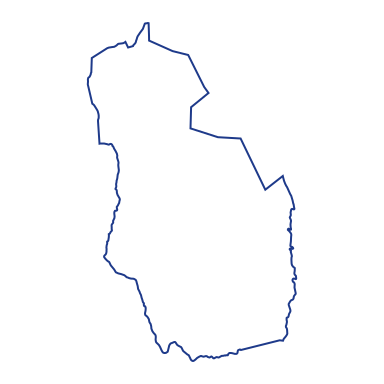 Guajiquiro, La Paz, Honduras
{"feature_id": "27666195B37681585704124", "entity_name": "Guajiquiro", "entity_type": "district", "adm_level": 2, "iso_a3": "HND", "parent_name": "Honduras", "parent_adm1": "La Paz", "projection": "equal_earth", "projection_center": [-87.784, 14.092], "detail": "fine", "context": "isolated", "style": "outline", "palette": "blue", "viewbox_px": 384, "rotation_deg": 0, "n_neighbors": 0, "source": "geoboundaries", "source_scale": "gbopen_adm2", "svg_char_len": 6035}
<svg xmlns="http://www.w3.org/2000/svg" viewBox="0 0 384 384"><path d="M208.5,93.0L204.2,87.0L188.2,55.0L172.6,51.1L149.1,40.6L149.0,35.2L148.6,23.2L147.9,23.0L146.1,23.4L145.3,23.4L145.1,23.5L144.8,23.7L142.9,28.9L140.0,32.8L137.6,36.4L137.1,37.7L136.7,39.2L136.1,40.8L135.8,42.1L135.6,42.6L135.0,43.5L133.3,45.3L133.0,46.1L128.1,47.5L125.4,41.9L124.6,42.5L123.5,43.1L122.0,43.4L118.5,43.8L117.9,44.1L116.9,45.1L115.7,46.0L114.2,46.8L113.4,46.9L111.9,47.1L108.8,47.6L107.2,48.2L91.8,58.0L91.3,72.4L90.9,73.1L90.7,74.4L90.1,75.8L89.4,77.0L88.6,77.5L88.3,77.8L88.1,78.5L87.9,79.3L88.0,81.7L87.8,84.2L87.9,84.9L88.3,86.5L92.3,103.7L93.3,104.4L94.2,105.3L96.9,109.6L97.4,110.5L97.8,111.4L98.2,113.0L98.5,114.1L98.7,115.6L98.7,117.4L98.6,118.3L98.1,119.7L98.0,120.9L99.5,143.7L100.5,143.5L104.0,143.5L107.2,144.2L108.4,144.6L108.9,144.6L110.1,144.0L110.7,143.9L111.2,144.0L111.9,144.5L112.2,144.9L112.5,146.0L112.9,146.2L113.4,146.9L113.7,147.7L114.2,148.8L115.6,151.1L116.9,153.7L117.1,154.7L117.3,155.6L117.1,157.3L117.2,158.0L118.2,161.1L118.5,162.4L118.5,163.1L118.3,164.3L118.3,165.8L118.8,169.8L118.8,170.8L118.5,172.5L117.7,174.7L117.3,178.2L117.0,179.5L116.6,180.7L116.5,182.2L116.1,184.1L116.3,186.3L116.2,187.0L116.0,187.7L115.6,188.3L115.5,188.7L115.5,189.0L116.4,189.8L116.6,190.1L116.8,190.9L116.9,192.8L117.3,194.1L117.5,194.8L119.0,197.4L119.6,198.4L119.8,199.3L119.8,199.9L119.5,200.8L119.1,203.1L118.8,203.5L117.9,205.4L116.8,206.9L116.8,207.9L117.2,209.5L117.1,210.1L116.9,210.4L116.6,210.6L115.0,210.8L114.7,211.3L114.4,211.9L114.3,212.8L114.3,213.7L114.6,216.3L114.4,218.1L113.1,220.9L113.1,221.4L113.2,222.3L113.1,222.8L112.2,224.0L111.7,224.8L111.6,225.3L111.6,226.0L111.7,227.0L111.7,229.2L111.9,230.0L111.9,230.5L111.6,231.0L110.7,231.9L109.8,233.6L108.8,234.1L108.8,234.6L108.9,235.4L108.8,237.2L108.3,240.5L107.8,241.3L107.5,241.6L107.2,241.6L107.1,241.8L107.2,243.4L107.1,244.1L106.7,245.1L106.5,246.7L106.4,247.7L106.6,249.0L106.5,250.1L106.5,251.7L106.3,252.8L106.1,253.6L105.7,254.3L105.4,254.7L104.8,255.2L104.2,256.0L104.1,256.6L104.2,257.2L105.4,258.8L105.9,259.3L106.9,260.4L108.0,261.3L108.9,261.8L109.3,262.2L110.5,264.8L110.9,265.5L114.2,269.5L115.6,271.9L115.9,272.3L117.0,272.8L118.3,273.4L121.2,274.1L124.3,275.2L125.5,276.1L126.6,277.2L127.5,277.4L129.1,278.1L131.1,278.6L133.2,278.7L134.0,278.9L135.6,279.8L136.0,280.4L136.4,281.3L136.7,282.6L137.7,286.1L138.1,288.9L139.6,291.8L139.9,292.9L141.0,295.1L141.6,297.7L142.3,299.7L142.9,302.0L143.5,302.9L143.8,303.1L143.9,303.3L143.9,303.8L143.8,304.7L143.9,305.3L144.1,305.9L144.4,306.2L144.8,306.4L145.2,306.4L145.6,307.4L145.7,308.5L145.6,310.1L145.5,310.9L145.0,313.3L145.1,314.1L145.2,314.8L145.6,315.3L147.2,316.6L147.9,317.6L148.6,318.7L148.9,319.5L149.4,322.0L150.0,323.1L150.5,323.7L151.0,325.4L151.2,326.3L151.4,328.6L152.3,331.0L152.8,331.8L153.9,333.3L155.1,334.5L155.5,335.2L155.7,335.9L155.8,337.0L155.6,339.6L155.9,341.5L156.1,342.1L156.7,342.9L157.5,343.6L159.0,345.1L160.3,347.4L160.4,347.7L161.7,350.6L162.8,352.4L164.1,353.0L165.2,353.0L165.5,352.9L165.9,352.9L167.6,351.8L167.7,351.6L167.9,351.0L169.2,345.6L169.5,345.0L170.1,344.1L170.5,343.6L171.0,343.3L172.2,342.9L174.0,342.1L174.5,342.0L175.0,342.0L175.3,342.2L175.6,342.5L176.9,344.5L177.3,345.0L178.5,345.8L180.7,346.9L181.2,347.2L181.8,348.2L182.9,350.5L183.3,351.1L187.4,354.5L188.7,355.2L189.3,356.3L189.9,357.6L190.2,358.1L190.5,358.9L191.0,359.8L191.7,360.5L192.3,360.8L192.9,361.0L193.5,360.9L194.2,360.5L195.4,359.6L197.2,357.9L199.4,356.6L200.8,356.0L201.2,356.0L201.7,356.2L203.4,356.7L204.4,356.5L205.7,356.1L206.5,356.1L207.0,356.3L207.5,356.8L208.1,357.1L209.5,357.5L210.2,357.2L211.0,356.6L211.5,356.5L212.1,356.9L213.3,358.2L213.7,358.3L214.1,358.3L216.4,357.1L217.3,357.2L218.4,357.5L219.0,357.4L221.6,355.9L223.2,355.8L224.9,355.4L225.6,355.5L226.2,355.2L227.2,355.3L227.8,355.2L228.1,354.4L228.5,353.8L229.0,353.3L229.5,353.0L230.6,353.0L231.9,353.1L234.9,353.9L235.8,353.9L236.6,353.8L237.1,353.4L237.4,353.0L237.6,352.2L237.7,351.2L238.1,350.3L238.3,350.1L239.9,349.5L240.3,349.6L240.9,350.0L279.7,340.3L283.0,340.7L283.5,339.4L283.8,338.8L285.4,336.9L286.3,335.7L287.0,334.5L287.3,333.7L287.1,330.0L286.9,328.8L286.6,328.1L286.0,327.2L285.9,326.7L285.9,326.0L286.4,324.7L286.9,322.3L286.9,321.1L286.6,320.0L286.6,318.0L286.8,317.7L288.0,317.2L288.4,316.7L288.6,316.1L288.8,315.0L289.0,314.1L290.3,311.6L290.4,311.0L290.4,310.2L290.2,309.4L288.8,305.2L288.7,304.6L288.7,304.0L289.8,302.0L290.7,300.7L291.3,300.2L292.6,299.7L293.2,299.1L293.5,298.5L293.9,296.3L294.3,295.6L295.6,294.0L295.7,293.7L295.6,292.7L294.5,287.6L294.6,285.6L294.7,284.3L294.6,283.7L294.4,283.1L294.1,282.6L293.9,282.3L293.4,282.1L292.9,281.5L292.6,280.8L292.5,280.1L292.6,279.6L292.8,279.2L293.1,278.8L293.5,278.6L294.2,278.6L295.7,279.1L296.0,279.0L296.1,278.8L296.2,278.4L296.0,276.6L295.8,275.7L294.8,274.7L294.6,274.3L294.4,273.7L294.4,272.8L294.7,270.9L294.8,268.1L294.5,267.8L293.0,266.6L292.5,265.9L292.0,265.1L291.7,264.1L291.6,263.5L291.4,259.4L291.5,257.6L291.9,256.1L291.8,255.9L291.7,255.1L290.8,252.0L290.8,251.6L291.0,251.0L291.0,250.7L290.0,249.8L289.7,249.3L289.8,248.8L290.1,248.6L291.3,248.6L292.2,248.9L292.9,248.7L293.1,248.5L293.2,248.3L293.0,247.8L292.4,247.1L290.8,246.4L290.5,246.1L290.4,245.7L290.4,245.3L290.9,241.4L291.1,236.9L291.3,235.0L291.2,234.1L290.9,233.4L290.2,232.3L289.1,231.0L288.2,230.2L287.9,229.9L287.9,229.5L287.9,229.3L288.1,229.0L288.3,228.8L288.5,228.7L289.1,228.9L290.5,229.7L290.8,229.7L291.0,229.5L291.0,228.7L290.7,227.5L290.6,226.6L290.5,224.3L290.8,222.3L291.0,221.2L291.0,220.6L290.7,219.5L290.0,218.1L289.8,217.3L290.6,215.8L290.8,215.2L290.8,214.7L290.6,212.4L291.1,210.1L291.3,209.4L291.7,209.1L292.1,208.9L293.9,209.4L294.3,209.1L294.4,208.8L294.0,206.9L293.6,204.2L293.4,204.0L293.2,203.3L292.6,200.5L291.2,195.8L290.2,194.1L287.1,187.2L286.2,185.8L285.2,183.8L284.1,181.0L283.3,178.1L282.8,176.0L265.3,189.7L240.6,138.5L217.9,137.2L190.5,128.4L191.1,107.2L208.5,93.0Z" fill="none" stroke="#1e3a8a" stroke-width="2"/></svg>